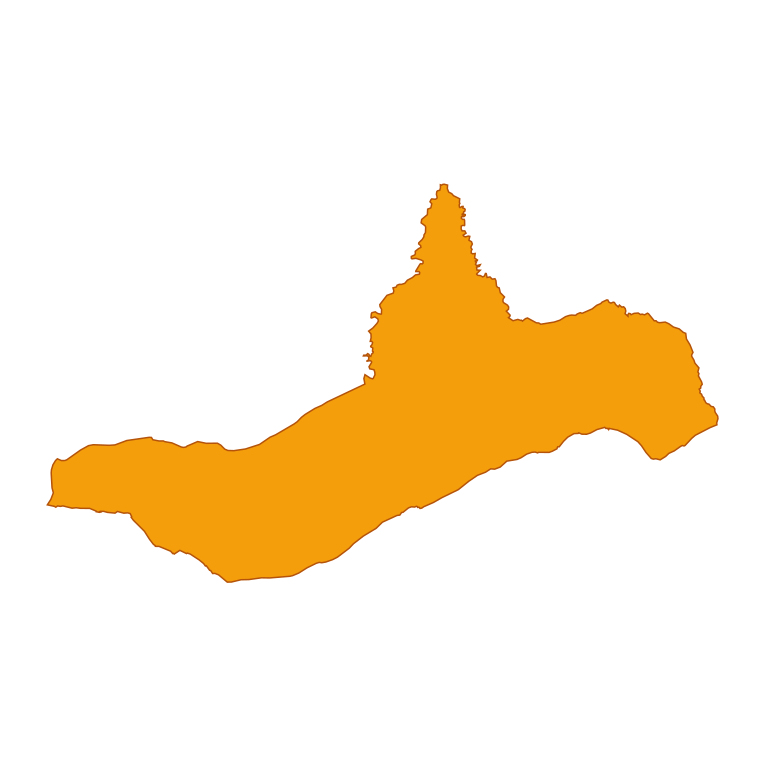 the district of Lautém, Lautém, East Timor, rotated 181°
{"feature_id": "22284137B78833871172178", "entity_name": "Lautém", "entity_type": "district", "adm_level": 2, "iso_a3": "TLS", "parent_name": "East Timor", "parent_adm1": "Lautém", "projection": "orthographic", "projection_center": [126.918, -8.447], "detail": "fine", "context": "isolated", "style": "filled", "palette": "amber", "viewbox_px": 768, "rotation_deg": 181, "n_neighbors": 0, "source": "geoboundaries", "source_scale": "gbopen_adm2", "svg_char_len": 6123}
<svg xmlns="http://www.w3.org/2000/svg" viewBox="0 0 768 768"><g transform="rotate(181 384 384)"><path d="M331.1,584.2L331.0,581.1L331.6,578.7L333.8,578.1L334.6,577.2L334.9,574.5L334.1,571.6L334.5,570.4L335.9,569.6L339.5,569.9L340.2,569.2L341.2,567.0L339.4,565.1L340.1,561.4L340.4,560.8L343.4,559.6L343.6,554.1L349.2,549.2L349.7,545.8L345.7,542.9L345.1,541.7L345.1,540.2L345.2,536.1L346.6,533.8L346.7,531.9L348.3,529.2L351.7,525.8L351.8,524.7L349.8,523.0L349.5,521.2L351.8,520.0L355.1,517.2L354.9,514.9L355.5,513.6L358.9,512.0L358.9,510.2L358.2,509.6L354.3,510.2L348.9,508.6L347.0,507.5L347.1,505.5L348.0,504.7L349.4,505.0L350.1,504.5L354.1,497.7L354.2,497.0L350.9,497.0L350.2,495.9L350.5,494.4L354.5,493.6L357.5,490.9L362.4,488.2L365.0,485.0L368.3,483.9L370.5,483.9L372.6,483.0L373.6,481.1L376.7,480.3L375.8,477.2L376.4,475.0L382.6,472.7L389.6,463.3L389.3,461.3L387.7,458.6L387.8,454.0L388.2,453.7L391.5,454.4L394.0,456.0L397.3,455.1L397.9,454.0L398.2,450.1L397.6,449.8L394.3,451.0L391.3,449.0L390.7,446.8L392.2,444.3L396.2,439.7L400.3,436.6L397.9,433.8L397.7,430.0L398.5,426.4L397.1,426.5L396.1,425.3L396.7,423.1L398.0,421.6L397.9,421.0L395.8,419.8L396.1,417.1L396.0,416.4L395.4,416.2L395.4,415.1L396.9,413.7L397.7,411.4L398.9,412.0L399.6,413.4L400.9,414.1L402.3,412.6L404.9,412.4L405.1,411.7L401.1,411.9L399.6,410.6L399.9,407.8L402.0,406.4L398.1,407.1L396.9,406.3L396.8,405.3L399.3,401.0L398.5,398.9L394.3,398.1L393.4,395.7L393.2,393.0L394.9,389.4L395.4,389.0L397.8,389.6L403.2,393.0L404.2,389.1L403.1,383.6L440.4,365.1L445.9,361.5L452.6,358.4L462.3,352.2L466.0,349.2L470.2,344.7L473.3,342.4L491.5,331.3L497.0,328.8L507.4,321.4L521.4,316.6L533.0,314.7L538.9,314.8L542.1,316.1L546.1,320.0L549.5,321.9L560.7,321.6L569.3,323.2L579.8,318.5L581.0,317.5L583.3,317.1L585.4,317.4L595.0,321.4L602.1,322.5L603.6,323.2L607.9,323.1L614.1,324.2L615.6,326.5L617.8,326.6L640.2,323.0L651.9,318.4L657.6,317.9L673.6,318.2L678.4,317.2L686.2,312.7L699.8,302.7L701.8,301.9L705.2,301.8L709.3,303.5L711.1,301.7L713.6,297.4L715.0,292.4L715.2,289.2L714.1,274.4L712.7,269.4L715.1,262.8L718.5,257.3L711.4,255.9L710.0,255.1L708.2,256.4L705.5,256.0L702.9,256.5L693.7,254.4L689.6,254.9L685.2,254.4L676.1,254.5L669.6,251.9L669.6,251.3L666.3,250.7L665.5,250.9L666.3,251.3L665.6,251.7L662.2,251.8L658.2,250.8L650.6,250.2L648.3,251.9L641.9,250.3L638.0,250.7L635.5,250.0L634.0,247.0L634.5,246.4L632.2,243.4L621.0,232.6L615.7,224.6L611.7,219.6L610.0,218.5L609.8,217.7L606.1,217.7L603.0,216.5L594.4,213.1L592.3,210.8L591.7,211.0L590.8,210.3L585.2,214.1L578.5,211.0L577.7,211.5L574.8,210.6L565.6,204.8L561.2,201.3L559.4,198.9L558.5,199.2L555.1,194.7L554.1,194.5L552.0,191.5L549.8,191.7L546.1,190.3L537.3,183.2L533.2,183.3L523.5,185.8L515.7,186.1L503.1,188.1L494.9,188.1L474.8,190.1L472.0,190.8L465.9,193.5L457.7,198.9L448.5,203.6L445.6,204.5L443.1,204.2L439.0,205.0L432.3,207.5L427.6,210.0L415.9,219.2L411.7,223.8L402.0,231.6L389.3,239.6L383.2,245.8L368.7,252.8L365.9,253.2L364.2,255.8L362.7,256.1L357.3,260.6L354.4,261.7L351.2,261.5L349.5,262.3L348.5,262.0L348.2,261.2L346.9,261.4L345.8,260.2L344.0,260.6L342.1,262.0L332.5,266.4L324.1,271.4L307.8,279.7L297.6,288.2L289.0,294.3L280.9,297.6L275.9,301.0L271.8,300.8L266.3,303.0L259.9,309.0L249.6,310.9L245.8,312.6L240.1,316.4L234.9,318.3L231.7,318.6L229.2,317.8L228.1,318.4L217.7,318.5L214.6,319.7L210.0,322.2L209.3,324.2L207.7,324.3L203.5,329.8L199.3,334.1L193.2,337.7L188.9,338.0L188.5,338.6L185.3,337.3L180.6,337.3L176.7,338.6L170.2,342.2L162.5,344.5L161.3,343.4L160.2,343.7L159.1,342.8L158.6,343.3L158.4,342.6L157.9,343.5L149.6,341.9L140.4,337.9L129.2,330.8L125.5,326.8L120.9,320.2L115.5,314.2L113.5,313.6L110.8,314.0L106.5,313.0L101.1,316.5L98.0,319.6L92.6,322.2L86.2,326.9L84.7,327.7L82.9,327.3L81.9,327.8L75.4,335.0L71.8,338.2L57.2,346.1L50.4,349.0L50.7,350.8L49.5,355.1L49.8,357.7L52.2,361.2L52.8,362.7L52.8,364.8L54.3,366.9L56.5,367.3L58.8,369.6L60.3,369.8L61.9,370.9L63.2,373.5L63.8,373.8L63.9,375.7L65.6,377.4L66.3,379.3L68.1,380.7L67.7,382.4L68.8,384.4L67.3,385.4L67.2,387.3L65.8,389.3L66.5,391.7L69.8,397.6L69.3,400.0L70.4,401.5L69.4,405.6L73.5,410.3L74.5,413.2L76.9,417.2L76.8,418.7L75.6,421.0L78.7,428.4L82.4,434.3L83.2,439.9L85.6,440.8L89.9,444.3L95.6,446.0L100.2,449.2L103.9,450.8L109.3,450.1L111.6,450.5L113.1,452.0L114.9,451.9L120.7,458.8L121.8,459.4L124.7,457.7L127.2,458.4L128.6,457.9L131.1,459.4L135.2,459.0L138.2,457.6L139.0,458.6L140.5,458.9L141.4,457.4L141.3,456.1L144.2,458.5L143.5,461.1L144.1,463.6L145.3,465.0L145.9,465.4L147.5,465.0L150.0,467.0L151.1,465.2L153.8,467.5L155.0,469.5L156.3,469.8L158.5,468.8L160.5,469.7L161.7,471.9L162.9,471.9L167.5,469.6L168.7,468.2L172.7,466.4L177.2,462.7L187.2,458.1L188.8,458.7L189.6,458.5L192.2,457.3L193.6,456.0L197.7,456.2L200.0,455.8L203.7,454.5L209.2,450.9L214.9,448.9L228.3,446.5L230.3,447.7L232.7,447.8L241.7,452.5L243.7,451.8L246.7,449.3L247.7,450.2L248.5,450.0L251.3,450.9L256.1,449.5L260.7,452.5L259.4,453.7L259.1,455.0L263.0,459.0L260.8,460.9L260.7,463.2L261.9,465.0L265.8,467.4L266.5,468.5L266.5,470.8L265.0,473.1L269.3,477.3L270.5,482.1L272.1,482.6L273.2,483.9L273.9,489.3L274.9,491.2L277.6,490.7L279.9,492.9L282.8,492.3L283.7,496.2L284.5,496.3L285.5,493.7L287.1,492.8L289.6,494.1L292.1,494.3L293.2,495.2L293.3,495.7L289.8,499.4L293.1,499.6L293.5,502.4L290.7,503.3L289.8,505.0L293.3,504.0L294.6,505.2L293.8,507.3L294.7,507.9L294.8,508.6L292.9,508.9L292.7,509.6L295.6,511.5L295.1,516.1L297.6,515.7L299.1,516.5L299.1,518.7L298.3,520.2L299.2,521.2L299.5,522.6L298.1,525.5L299.0,527.8L301.6,529.2L300.8,533.1L302.3,533.4L305.2,532.5L306.7,533.1L307.5,534.2L304.6,536.2L305.9,538.5L308.6,538.5L309.6,540.4L309.5,543.3L307.9,544.0L306.3,543.8L306.1,544.3L306.3,549.2L306.8,550.1L308.3,549.9L309.6,551.1L309.4,552.6L307.0,552.8L305.7,553.9L305.7,554.8L306.3,555.1L308.2,554.2L308.7,554.3L308.8,555.1L307.6,556.1L307.3,557.7L306.3,558.0L305.9,559.8L306.4,560.7L308.3,561.4L308.0,562.9L309.1,562.9L311.1,561.7L311.6,562.0L312.0,564.4L311.3,565.8L311.8,567.0L311.5,570.5L317.8,573.5L319.6,575.5L322.7,577.0L324.1,580.5L323.9,584.0L327.4,584.8L329.0,584.5L329.8,583.8L331.1,584.2Z" fill="#f59e0b" stroke="#b45309" stroke-width="1.5"/></g></svg>